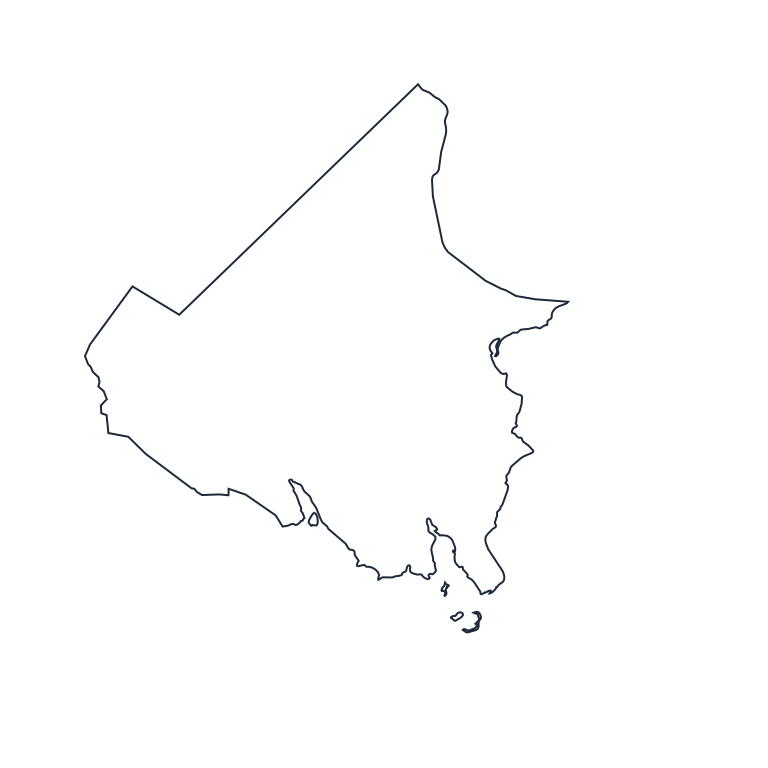 the border of Mangghystau, rotated 227°
{"feature_id": "KAZ-3236", "entity_name": "Mangghystau", "entity_type": "Region", "adm_level": 1, "iso_a3": "KAZ", "parent_name": "Kazakhstan", "parent_adm1": "", "projection": "robinson", "projection_center": [52.321, 43.87], "detail": "fine", "context": "isolated", "style": "outline", "palette": "slate", "viewbox_px": 768, "rotation_deg": 227, "n_neighbors": 0, "source": "natural_earth", "source_scale": "10m", "svg_char_len": 6170}
<svg xmlns="http://www.w3.org/2000/svg" viewBox="0 0 768 768"><g transform="rotate(227 384 384)"><path d="M545.5,619.0L543.2,618.2L541.1,617.2L539.6,616.1L538.3,614.5L536.2,610.0L535.2,608.4L534.1,607.2L529.4,604.3L526.8,602.2L524.5,599.6L514.8,584.2L503.6,570.5L502.9,568.9L502.4,567.0L502.5,565.1L502.8,563.5L502.8,562.0L502.1,560.2L500.3,558.1L487.8,547.7L447.6,523.3L442.3,521.5L436.7,520.8L390.1,528.7L374.0,534.6L369.8,536.9L358.3,540.6L342.6,552.6L318.6,574.7L318.4,572.9L319.0,570.9L321.8,564.3L322.5,560.9L322.0,557.3L321.3,555.4L320.3,553.9L318.9,552.7L318.3,552.0L318.0,550.8L318.5,547.7L318.5,546.8L318.1,546.0L315.9,543.7L316.8,542.4L317.4,540.7L317.9,538.9L318.0,537.2L318.5,535.8L322.0,533.8L325.6,527.5L330.0,521.7L330.4,520.9L330.6,519.8L330.5,516.9L330.8,516.2L333.0,514.2L333.6,513.3L333.8,512.6L334.1,510.3L335.3,506.7L336.0,503.4L336.1,500.1L335.1,496.7L333.2,492.8L331.8,490.7L328.7,488.9L327.8,486.9L327.8,485.0L328.6,484.3L329.1,485.2L329.6,487.1L330.5,489.0L335.1,491.7L335.4,492.3L335.7,493.5L336.1,493.5L337.1,496.8L337.8,498.4L338.5,499.1L339.3,498.4L340.2,496.6L340.8,494.4L341.0,492.6L340.4,488.7L338.7,486.0L336.0,484.6L332.6,484.3L332.3,482.0L328.5,479.9L321.0,477.4L312.7,476.9L311.8,477.1L310.0,478.1L308.4,480.6L306.5,479.9L301.6,473.8L298.9,471.9L297.1,471.8L290.8,472.7L285.9,474.4L283.2,476.1L281.6,476.6L280.1,475.9L275.8,471.3L272.1,465.4L271.3,464.0L270.6,460.7L269.8,458.9L266.4,455.3L265.4,453.5L263.4,453.0L262.8,452.7L262.5,451.5L263.1,450.0L263.4,449.0L263.1,447.3L262.3,445.4L261.0,444.4L258.2,445.7L254.6,445.5L252.9,445.9L251.4,447.5L250.6,447.7L247.1,446.4L240.3,447.7L233.6,447.7L232.6,446.8L232.9,444.7L235.6,437.4L236.4,433.6L236.9,421.7L236.6,419.9L234.0,414.9L233.6,411.2L232.5,410.0L229.6,408.1L229.0,406.6L228.8,405.3L228.2,405.1L226.5,405.6L225.1,405.2L224.0,404.4L222.1,402.0L215.5,389.3L214.9,387.7L214.4,385.3L213.2,383.4L213.3,380.5L213.2,379.7L212.6,378.7L210.5,376.9L210.0,376.1L209.4,374.4L208.3,372.9L207.5,371.1L206.8,370.4L206.0,370.0L204.4,369.5L203.8,369.1L203.2,367.9L203.8,365.1L203.6,357.6L202.9,354.3L201.1,351.9L198.1,350.0L192.0,347.5L166.5,343.2L163.2,341.9L161.6,341.0L160.0,339.6L158.8,338.0L158.2,336.0L158.8,332.0L158.8,330.0L158.3,328.3L158.9,327.6L158.1,326.0L157.8,323.0L158.0,320.1L158.9,318.4L160.1,321.0L161.2,319.8L161.9,317.3L162.2,315.9L163.0,315.4L163.2,313.1L163.5,312.2L164.3,311.5L165.0,311.7L166.4,312.8L177.8,314.8L181.3,314.7L184.7,313.6L186.5,313.6L187.2,315.0L188.3,315.3L194.7,315.3L195.8,316.3L196.6,316.7L197.4,316.2L198.2,314.6L198.6,314.2L199.5,314.1L203.2,314.2L205.0,314.5L206.6,315.3L209.2,317.4L211.3,319.9L212.0,320.3L213.8,320.0L214.6,320.2L215.0,320.9L214.8,321.5L214.3,321.9L213.5,322.1L214.7,323.6L216.6,324.8L222.5,327.2L224.6,327.6L226.7,327.5L228.9,327.0L230.5,326.2L234.4,322.7L234.9,321.8L235.4,321.5L237.7,321.5L240.8,320.7L241.9,320.8L241.3,323.7L243.4,324.3L248.3,323.3L253.2,325.3L254.8,325.2L255.8,324.0L255.4,322.8L254.4,321.6L253.3,320.8L249.0,318.7L246.1,316.2L244.4,316.1L240.9,317.1L237.4,317.5L235.4,315.8L233.0,309.1L231.3,306.4L228.9,304.4L223.1,301.1L221.3,299.4L218.7,299.1L217.9,298.8L217.6,298.2L216.8,297.5L212.2,294.8L211.6,293.3L211.5,291.3L211.9,289.5L213.7,288.3L214.0,287.6L214.0,286.8L213.8,286.1L212.9,285.7L211.1,285.3L210.8,284.3L211.5,282.9L213.1,282.0L215.1,281.4L216.5,281.2L218.3,281.4L219.2,281.3L220.2,280.6L221.5,278.8L222.2,278.2L225.3,276.2L227.1,275.5L228.7,275.2L229.9,275.9L232.6,278.7L234.2,278.8L234.8,277.7L234.4,276.0L232.4,273.0L232.1,272.0L233.2,269.0L233.1,268.4L232.2,266.6L233.6,263.9L235.8,260.9L236.2,259.5L236.9,258.1L243.3,251.4L244.0,249.9L244.2,247.9L244.7,246.3L245.7,247.1L247.6,250.1L250.3,251.2L253.9,251.2L257.4,250.3L260.0,248.8L262.2,246.7L262.9,246.3L264.5,246.4L265.2,246.1L266.3,244.5L268.0,241.2L269.4,240.3L270.3,241.1L271.1,242.3L271.6,243.6L271.9,244.9L278.1,245.8L279.2,246.2L281.1,247.9L282.5,248.3L283.8,247.9L286.1,246.2L287.5,245.8L289.1,246.0L292.0,246.8L293.6,247.0L315.9,244.5L319.0,245.3L324.3,244.6L327.7,245.3L339.9,250.0L347.1,251.0L350.7,252.6L352.5,253.1L359.2,252.5L361.1,252.8L365.0,254.1L366.8,254.3L368.3,253.8L371.3,252.3L373.5,251.7L374.7,250.7L376.7,251.3L377.8,250.5L378.3,249.7L378.2,248.8L376.9,248.1L369.3,246.8L367.8,245.2L367.1,244.8L364.9,244.6L361.5,243.7L352.4,239.7L350.7,239.3L350.0,239.0L348.1,237.0L347.5,236.7L344.8,236.4L341.3,234.9L340.1,234.2L340.4,233.0L339.6,231.6L339.8,230.8L340.4,229.9L340.4,229.2L340.1,227.8L340.2,225.7L340.6,224.0L341.4,223.0L342.8,222.6L343.9,221.9L344.8,220.3L345.9,217.1L348.9,212.6L361.7,215.2L397.4,207.4L413.3,198.9L408.7,194.4L415.4,188.4L426.9,175.2L432.5,173.6L436.7,173.8L439.1,172.1L495.2,162.1L519.8,161.0L536.1,149.0L550.5,159.9L555.4,157.3L561.4,162.3L561.9,170.9L569.9,174.1L577.0,173.4L579.5,177.3L583.7,179.8L591.2,179.3L596.7,181.2L600.3,181.1L608.3,184.3L613.4,196.0L626.9,266.6L574.3,281.5L580.0,613.3L575.0,612.8L572.5,613.0L566.0,616.0L559.1,616.9L554.8,618.5L545.5,619.0ZM336.8,240.0L337.5,243.1L337.5,244.9L335.7,245.6L332.1,244.4L329.3,242.4L327.3,240.3L326.6,238.4L327.7,237.0L329.6,235.6L330.0,234.9L329.7,234.3L330.1,234.0L332.7,234.2L334.1,234.5L335.4,236.1L336.8,240.0ZM154.3,296.4L152.3,297.5L150.0,297.2L147.7,296.1L146.6,295.1L146.3,294.3L146.2,293.3L145.8,291.7L145.0,290.5L142.3,288.0L141.1,285.8L141.1,283.9L145.2,275.9L145.9,275.2L147.1,274.6L150.4,273.9L150.3,275.5L146.0,277.6L144.9,279.7L144.7,280.9L143.6,283.2L143.4,284.6L143.6,286.1L144.2,287.3L145.1,287.8L146.3,287.4L146.3,289.7L146.5,291.9L147.3,293.5L149.8,294.4L151.1,295.4L152.2,295.4L154.6,293.8L155.7,293.5L154.3,296.4ZM160.9,280.1L162.2,274.6L163.1,274.0L166.0,273.9L167.1,273.4L167.4,273.5L167.8,274.5L167.1,276.4L166.6,277.2L166.0,277.5L165.7,278.1L166.2,281.5L165.6,283.4L164.1,284.7L162.4,285.0L161.2,284.3L160.7,282.3L160.9,280.1ZM195.3,290.4L197.1,293.2L195.5,292.9L194.6,293.1L193.6,293.7L192.5,293.9L192.2,293.3L192.8,292.4L192.8,291.8L192.1,291.6L191.9,291.0L192.2,290.1L191.7,289.0L188.4,287.0L187.4,285.4L187.5,284.0L188.1,284.0L188.6,285.3L189.8,286.5L191.1,286.8L192.2,286.4L193.3,285.1L193.7,285.2L194.2,286.3L194.7,286.4L195.2,287.4L195.3,290.4Z" fill="none" stroke="#1e293b" stroke-width="2"/></g></svg>